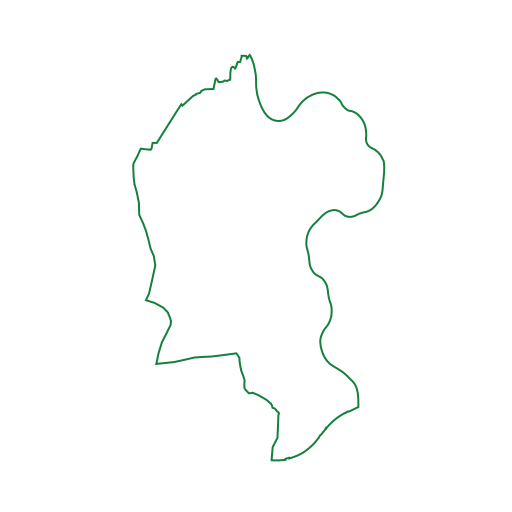 Rheden, Gelderland, Netherlands (Robinson projection), rotated 289°
{"feature_id": "6326949B90582310648495", "entity_name": "Rheden", "entity_type": "district", "adm_level": 2, "iso_a3": "NLD", "parent_name": "Netherlands", "parent_adm1": "Gelderland", "projection": "robinson", "projection_center": [6.043, 52.031], "detail": "fine", "context": "isolated", "style": "outline", "palette": "green", "viewbox_px": 512, "rotation_deg": 289, "n_neighbors": 0, "source": "geoboundaries", "source_scale": "gbopen_adm2", "svg_char_len": 6034}
<svg xmlns="http://www.w3.org/2000/svg" viewBox="0 0 512 512"><g transform="rotate(289 256 256)"><path d="M146.5,401.9L148.2,401.4L154.2,399.2L157.0,398.0L159.0,397.1L161.2,395.9L163.3,394.5L164.0,394.0L165.6,392.6L166.6,391.5L167.6,390.3L168.9,388.1L172.1,381.6L173.8,377.6L174.3,376.3L175.2,373.2L177.1,364.4L177.4,363.3L177.8,361.9L178.2,360.8L178.7,359.8L179.2,358.8L180.0,357.3L181.1,355.7L182.2,354.3L183.2,353.2L184.6,351.8L185.8,350.7L189.6,347.9L190.3,347.4L191.9,346.5L194.0,345.5L195.8,344.7L197.0,344.3L198.3,344.0L199.7,343.8L201.1,343.7L203.7,343.8L205.2,343.9L207.8,344.3L209.6,344.8L212.4,345.8L214.5,346.4L216.0,346.7L217.8,346.9L218.9,347.0L222.2,346.9L223.1,346.9L224.0,346.7L227.5,345.8L229.7,345.1L231.8,344.2L234.0,343.0L238.2,339.8L239.9,338.7L241.2,337.9L243.9,336.5L247.1,335.0L249.7,333.5L251.3,332.4L252.9,330.9L254.3,329.2L256.1,326.5L256.3,326.1L256.6,325.1L257.0,323.5L257.8,319.1L258.3,317.5L258.6,316.9L259.3,315.6L260.7,313.8L261.9,312.4L263.2,311.2L264.4,310.3L266.4,309.1L272.8,306.1L274.8,305.0L276.8,303.8L280.8,301.1L282.2,300.3L285.2,299.2L288.4,298.3L291.0,297.9L293.6,297.8L295.5,297.8L296.9,298.0L298.5,298.2L301.6,299.1L303.0,299.6L304.1,300.0L306.0,301.0L309.6,302.8L313.2,304.4L315.9,305.7L317.4,306.6L319.0,307.6L320.7,309.0L321.6,309.9L322.3,310.7L323.5,312.3L324.5,314.1L325.0,315.3L325.2,316.1L325.4,317.1L325.5,318.0L325.5,319.6L325.2,321.1L325.1,321.5L323.7,325.0L323.1,326.6L323.0,327.9L323.0,328.8L323.1,330.3L323.7,332.4L324.2,333.6L324.5,334.2L325.3,335.3L326.4,336.7L328.3,338.5L330.0,340.3L332.3,343.6L333.8,346.1L335.1,347.7L336.5,349.0L338.0,350.2L338.9,350.8L341.9,352.3L343.9,353.1L347.8,354.1L349.5,354.5L352.3,354.8L353.6,354.9L355.7,354.8L356.9,354.6L359.0,354.3L362.6,353.4L371.9,351.1L375.3,350.3L377.1,349.8L381.8,348.3L383.5,347.6L385.2,346.9L387.5,345.7L388.7,344.3L390.8,342.3L392.2,340.5L393.2,338.9L394.1,337.0L395.2,333.8L395.4,332.3L395.8,329.7L396.0,328.4L396.3,327.8L396.8,326.6L397.4,325.6L398.2,324.6L399.0,323.8L400.5,322.8L401.3,322.4L402.2,322.0L403.3,321.6L404.7,321.3L405.9,321.0L408.5,320.0L411.1,318.8L413.5,317.4L415.7,315.9L417.6,314.2L419.3,312.3L420.8,310.3L422.0,308.2L423.3,305.3L423.7,303.7L423.9,302.6L424.1,300.5L424.1,299.2L423.9,298.4L423.8,297.3L423.6,295.9L423.8,295.1L424.2,293.5L424.6,292.4L425.0,291.6L426.4,289.1L427.2,288.0L428.3,287.0L429.1,286.3L430.5,284.1L432.3,280.2L432.7,279.0L433.0,278.0L433.2,277.0L433.4,275.2L433.5,274.0L433.6,272.5L433.5,270.9L433.2,268.7L433.1,268.2L432.3,265.7L431.6,264.0L430.5,261.7L429.0,259.5L428.0,258.2L426.9,256.9L424.7,254.8L422.8,253.1L421.5,252.2L419.4,250.9L416.7,249.4L414.2,248.4L411.8,247.6L408.7,246.8L406.1,246.0L403.4,244.8L401.4,243.9L399.2,242.6L396.6,240.9L395.2,239.7L393.8,238.3L393.2,237.6L392.4,236.3L392.0,235.7L391.4,234.4L390.9,232.9L390.6,232.1L390.2,228.6L390.4,226.2L390.7,224.6L391.2,223.1L391.8,221.7L392.6,220.1L394.4,217.4L395.8,215.7L398.1,213.2L400.1,211.4L401.6,210.1L405.0,207.4L408.9,204.7L409.9,204.2L412.3,202.9L415.8,201.2L419.0,200.0L422.9,198.6L425.3,197.6L427.8,196.5L429.6,195.5L433.1,193.5L434.8,192.5L437.1,191.0L439.7,189.0L440.8,188.1L442.2,186.6L443.4,185.4L444.0,184.6L442.1,183.8L441.2,183.9L439.8,183.2L441.9,181.5L441.7,180.5L440.6,177.2L439.8,177.5L439.4,177.6L434.1,177.8L434.0,177.5L434.0,177.3L433.4,175.5L427.1,175.5L426.5,175.3L426.4,175.2L427.0,174.3L427.3,173.7L427.3,172.3L426.6,171.8L426.5,171.6L426.3,171.6L425.1,171.4L424.1,171.4L423.6,171.5L422.7,171.8L421.6,171.9L417.2,173.3L414.3,174.2L414.1,173.5L413.3,172.9L412.1,171.7L412.0,171.4L411.8,169.5L411.7,169.2L411.0,168.7L409.9,167.8L409.5,166.7L409.1,166.2L408.9,166.0L408.9,165.6L408.6,165.1L408.6,164.9L408.5,164.7L408.6,164.2L408.5,163.7L408.8,163.1L409.0,163.0L409.2,162.8L409.3,162.8L409.8,162.4L410.1,162.0L410.3,161.5L410.7,160.9L410.7,160.7L410.8,160.5L410.2,160.2L409.6,160.1L406.0,160.7L403.4,161.0L400.0,161.4L397.1,153.7L396.7,153.1L396.5,152.8L394.2,150.5L391.5,150.0L392.1,150.1L389.7,146.6L388.9,146.5L388.8,146.3L388.6,146.3L386.9,144.4L374.2,137.5L375.2,136.0L364.6,133.4L330.6,125.4L329.3,121.4L325.4,122.0L323.1,122.2L322.6,122.0L322.5,121.9L322.3,121.4L322.0,121.4L319.9,112.1L312.3,111.4L304.7,110.2L303.8,110.1L302.7,110.2L299.5,111.2L290.4,114.8L288.5,115.7L284.6,117.6L284.3,117.6L284.2,117.7L284.2,117.8L277.9,122.2L276.9,122.8L273.7,124.7L269.5,127.2L267.9,128.1L263.5,129.7L256.9,132.2L252.4,136.5L250.3,138.5L243.7,144.0L239.5,146.8L236.1,149.2L228.7,153.9L222.7,159.4L214.1,163.9L197.9,165.8L185.6,167.1L178.4,166.3L178.4,167.1L178.5,170.0L178.5,171.6L178.6,172.6L178.5,173.5L178.6,174.2L178.6,175.4L177.4,182.6L177.1,184.4L176.9,185.3L174.1,190.7L173.7,191.2L172.2,192.4L169.9,194.6L166.7,196.8L166.2,197.0L163.4,197.6L162.8,197.7L162.5,197.7L156.1,196.8L155.2,196.8L150.2,196.0L145.9,195.5L143.9,195.1L141.7,195.2L139.2,195.3L132.3,195.5L127.6,196.1L125.9,196.4L121.5,196.9L129.0,213.0L134.4,221.9L139.9,230.7L143.1,238.1L146.2,246.1L148.6,251.1L150.9,255.8L153.3,260.6L155.8,265.7L157.6,269.1L156.6,270.6L154.2,273.5L150.3,275.1L145.8,277.6L143.1,279.2L141.8,280.2L140.2,281.5L138.4,283.0L137.0,284.1L136.0,284.9L135.4,285.3L133.9,285.9L130.4,286.9L127.4,288.1L126.5,289.1L125.4,290.9L123.9,294.0L125.0,296.5L125.6,297.2L125.3,302.3L125.2,303.2L124.0,309.8L123.3,313.0L121.4,317.6L121.4,318.0L119.8,319.8L117.9,321.0L117.9,323.4L117.0,325.1L116.4,325.9L115.5,328.0L114.9,328.8L114.5,329.0L112.6,329.0L112.1,329.2L103.6,331.8L92.3,335.1L91.4,335.5L80.7,334.0L68.0,337.2L68.1,337.8L68.8,340.2L69.3,341.5L70.1,343.9L71.8,347.9L72.2,349.1L72.9,350.2L73.8,349.8L76.0,353.0L75.4,353.3L76.6,355.0L78.2,357.1L81.2,360.6L84.4,363.7L86.9,365.7L89.5,367.4L91.3,368.6L94.2,370.2L96.5,371.4L99.0,372.5L101.5,373.4L105.1,374.6L107.1,374.9L107.8,375.5L111.9,377.0L114.6,378.0L115.5,378.0L115.5,378.4L116.5,378.3L116.5,378.7L118.0,379.3L120.1,380.2L122.3,381.3L124.6,382.4L124.6,382.5L126.6,383.6L130.0,385.8L132.7,387.9L135.7,390.4L137.7,392.3L137.4,392.3L139.1,393.9L139.2,394.6L139.3,394.7L146.5,401.9Z" fill="none" stroke="#15803d" stroke-width="2"/></g></svg>